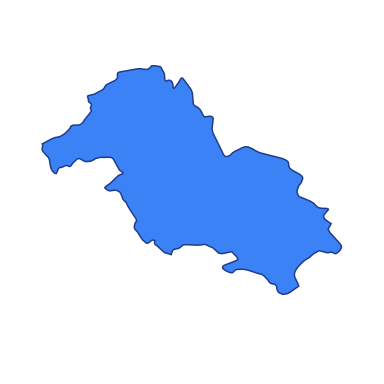 an SVG outline of Uruzgan, rotated 51°
{"feature_id": "AFG-1752", "entity_name": "Uruzgan", "entity_type": "Province", "adm_level": 1, "iso_a3": "AFG", "parent_name": "Afghanistan", "parent_adm1": "", "projection": "robinson", "projection_center": [66.006, 32.797], "detail": "fine", "context": "isolated", "style": "filled", "palette": "blue", "viewbox_px": 384, "rotation_deg": 51, "n_neighbors": 0, "source": "natural_earth", "source_scale": "10m", "svg_char_len": 4770}
<svg xmlns="http://www.w3.org/2000/svg" viewBox="0 0 384 384"><g transform="rotate(51 192 192)"><path d="M304.2,103.8L306.5,109.6L310.5,110.3L326.1,109.5L328.7,110.2L329.6,111.5L330.4,113.5L330.7,116.2L330.7,117.9L330.3,119.2L329.8,119.7L327.2,121.0L326.4,121.7L325.8,122.5L324.7,124.6L323.8,125.6L318.5,129.4L317.8,130.1L317.5,130.7L317.3,131.3L317.1,133.5L316.9,134.0L316.5,136.6L316.7,141.7L316.7,143.1L316.4,144.1L316.1,146.2L316.0,149.1L316.7,155.7L317.5,158.9L318.5,161.8L319.8,163.6L321.2,164.9L323.0,165.8L330.4,167.5L332.3,168.3L331.6,179.0L331.4,180.3L330.9,182.2L330.3,183.2L329.2,185.1L328.6,185.9L327.8,186.4L327.0,186.6L325.9,187.4L325.2,187.7L324.2,187.8L323.0,187.7L321.7,187.4L320.8,187.1L319.2,186.0L317.8,185.5L316.0,185.7L313.3,187.8L312.3,188.4L311.4,188.6L307.6,188.4L302.9,188.8L300.8,189.3L299.1,190.2L298.0,191.2L288.1,197.6L285.5,199.7L283.1,202.1L280.7,205.5L280.2,206.3L279.9,207.1L279.9,208.0L280.2,210.1L280.2,211.2L279.2,212.6L277.5,213.8L273.9,215.5L271.9,216.0L270.6,216.1L269.9,215.7L269.6,215.4L269.4,215.1L269.2,214.4L269.2,213.7L269.4,212.5L272.8,201.9L273.2,200.3L273.2,199.3L273.0,198.7L272.5,198.3L270.1,198.0L263.4,198.7L258.8,207.5L256.4,209.7L248.8,210.8L241.6,214.4L240.3,215.6L238.5,218.8L236.5,221.5L229.0,230.0L227.7,232.0L227.5,233.1L227.6,234.4L227.6,235.9L227.4,237.8L225.6,241.5L225.1,242.6L225.2,243.3L225.6,244.4L226.2,245.5L227.6,247.6L223.9,250.0L223.1,250.8L221.5,251.6L211.4,253.1L209.7,253.7L208.0,253.2L207.3,252.6L206.9,251.9L206.7,251.5L206.1,251.5L205.4,251.9L204.5,253.1L204.2,254.0L204.2,255.1L204.2,257.0L204.2,257.5L204.1,258.1L203.7,259.0L202.8,259.7L197.8,260.6L188.3,259.5L185.9,259.8L184.5,259.6L183.1,259.1L181.9,257.9L180.3,255.6L180.1,255.0L179.7,253.7L179.5,253.1L177.5,252.3L170.3,251.7L162.3,250.7L159.7,250.0L158.6,249.8L155.0,250.2L154.3,250.2L149.3,248.6L148.0,248.3L146.8,248.2L145.2,248.7L143.8,249.3L143.1,249.8L142.5,250.3L141.9,251.0L140.0,254.2L139.5,255.0L138.8,255.6L138.1,256.1L137.3,256.4L134.9,257.1L134.2,257.1L133.7,257.0L133.6,256.3L133.5,255.1L133.8,250.0L132.9,239.6L133.2,237.2L133.7,235.6L134.1,234.9L134.2,234.3L133.9,233.6L133.5,233.5L133.0,233.5L130.5,234.4L128.6,234.5L117.3,232.4L116.0,232.5L115.0,232.7L114.7,232.9L114.2,233.2L113.2,234.2L107.7,241.1L106.2,243.7L105.4,245.8L105.0,248.7L104.4,250.9L103.0,253.5L101.9,255.0L100.7,256.0L100.1,256.4L97.9,257.2L95.2,258.5L94.8,258.9L94.4,259.3L94.2,260.5L94.2,262.2L94.5,266.2L95.5,270.0L95.4,270.7L94.6,271.5L93.1,272.3L92.6,272.7L92.3,273.0L92.1,273.4L91.8,274.1L91.0,277.3L90.5,278.3L90.0,279.0L89.7,279.5L89.7,280.4L89.8,281.1L92.2,285.9L91.3,286.8L90.0,287.1L87.8,287.3L85.8,286.9L83.5,286.1L77.7,282.8L75.4,281.9L67.2,282.3L65.4,282.1L64.1,281.4L61.9,278.6L60.4,278.2L62.3,268.0L63.6,263.9L65.0,261.5L65.5,260.5L65.8,259.5L66.3,257.0L66.5,255.2L66.5,253.0L66.1,249.0L65.7,247.0L65.2,245.5L64.8,244.9L64.7,244.1L64.9,243.2L65.6,241.8L67.9,239.0L69.2,236.9L69.4,235.4L69.2,232.9L68.1,229.4L66.4,221.2L65.8,219.3L64.1,218.6L63.4,218.5L62.8,218.0L62.1,217.2L61.5,215.8L60.9,215.2L59.9,214.9L57.5,215.5L56.9,215.5L56.2,215.3L54.7,214.2L53.5,213.6L52.4,213.4L52.0,212.8L51.7,212.3L54.5,206.3L56.4,196.6L56.0,195.3L55.6,193.7L55.2,193.0L54.9,192.2L54.8,191.2L55.0,189.8L56.7,182.4L56.9,180.8L56.8,179.8L56.6,179.0L56.4,178.2L56.0,177.6L55.4,177.2L54.1,176.4L53.6,175.9L53.1,175.3L52.8,174.6L52.8,173.9L53.0,173.1L62.1,156.6L63.8,154.3L65.6,152.9L68.3,150.0L68.9,148.5L69.0,147.4L69.1,146.5L68.9,145.9L68.5,144.4L68.9,143.5L69.7,142.4L73.1,139.0L74.3,138.1L75.2,137.7L78.0,138.1L82.7,139.1L87.2,142.1L88.5,142.7L89.3,142.7L89.7,141.9L90.0,140.7L90.6,139.6L91.5,138.8L93.4,138.2L95.2,138.7L96.8,139.5L98.9,140.9L99.8,140.9L100.1,140.3L99.9,138.8L98.4,133.4L97.0,129.6L96.8,128.7L97.2,127.9L98.5,127.6L110.9,128.2L112.6,128.5L114.1,129.0L115.5,129.6L124.4,135.5L125.5,135.7L126.6,135.6L129.8,134.3L131.4,134.0L133.0,133.9L134.4,134.0L139.6,135.1L140.7,135.1L141.6,134.6L142.2,133.9L144.1,130.7L145.6,129.3L146.9,129.0L147.9,129.0L149.3,130.3L155.1,136.3L159.0,138.5L178.2,142.9L182.8,144.0L185.2,143.8L185.9,143.1L186.7,142.1L187.2,140.7L187.4,139.5L187.4,138.1L187.2,136.8L187.1,135.4L187.3,133.6L189.2,125.2L190.2,122.4L191.3,121.0L192.4,120.0L196.7,117.7L199.6,116.8L204.2,114.6L222.7,100.8L225.7,99.2L227.6,98.6L228.9,98.4L229.6,98.5L232.9,100.4L234.3,101.0L236.1,100.9L238.4,100.3L245.7,97.3L247.8,96.8L249.1,96.7L250.0,96.8L250.7,97.1L251.2,97.5L253.2,100.7L253.6,101.7L253.9,102.8L254.0,103.8L254.2,104.7L254.9,106.0L256.4,108.5L258.3,110.7L262.6,111.8L273.4,105.9L277.5,104.5L280.7,104.3L283.2,103.8L284.9,102.7L286.6,101.1L289.7,97.5L290.6,96.9L291.2,96.9L291.7,97.6L292.2,101.2L293.1,104.3L293.7,105.0L294.7,105.5L297.2,105.7L299.1,105.4L304.2,103.8Z" fill="#3b82f6" stroke="#1e3a8a" stroke-width="1.5"/></g></svg>